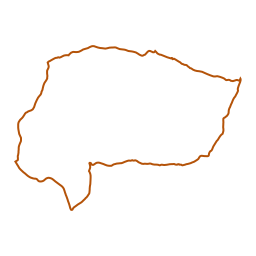 outline of Palmas Del Socorro, Santander, Colombia
{"feature_id": "7082276B11851573676927", "entity_name": "Palmas Del Socorro", "entity_type": "district", "adm_level": 2, "iso_a3": "COL", "parent_name": "Colombia", "parent_adm1": "Santander", "projection": "orthographic", "projection_center": [-73.283, 6.386], "detail": "fine", "context": "isolated", "style": "outline", "palette": "amber", "viewbox_px": 256, "rotation_deg": 0, "n_neighbors": 0, "source": "geoboundaries", "source_scale": "gbopen_adm2", "svg_char_len": 5686}
<svg xmlns="http://www.w3.org/2000/svg" viewBox="0 0 256 256"><path d="M15.4,161.6L15.7,162.1L15.9,162.6L16.1,162.8L16.6,163.5L16.8,164.0L17.1,164.5L17.9,165.7L19.0,167.6L19.2,168.0L19.6,168.5L20.8,169.8L23.6,172.4L24.6,173.1L26.3,174.6L27.7,175.8L29.2,176.8L30.4,177.5L33.1,178.4L34.8,178.7L35.7,178.7L36.1,178.8L36.8,179.1L37.2,179.5L37.6,180.0L38.2,180.7L38.9,181.2L39.6,181.4L40.1,181.5L41.6,181.4L42.7,181.1L43.7,180.6L45.7,178.9L46.4,178.4L47.2,178.1L47.8,177.9L48.3,177.8L48.8,177.8L50.0,178.0L51.2,178.4L52.2,178.9L53.4,179.8L55.3,181.4L59.2,184.3L60.4,185.2L61.3,185.8L62.4,186.8L62.8,187.3L63.4,188.1L63.8,188.8L64.5,190.8L65.1,192.8L65.5,193.8L65.8,194.9L66.3,196.0L66.9,197.6L67.6,199.6L68.0,201.0L68.9,203.4L69.5,205.3L69.7,206.0L69.9,206.8L70.4,208.5L71.0,209.7L71.4,209.9L71.9,209.9L72.4,209.6L73.0,208.6L73.3,208.1L73.8,207.5L74.4,207.0L74.9,206.7L76.8,205.3L77.7,204.6L80.3,203.0L81.4,202.3L82.2,201.6L83.2,200.6L85.0,198.9L85.7,198.0L86.5,197.4L87.8,195.7L88.2,195.0L89.1,193.7L89.3,193.2L89.4,192.6L89.6,190.7L89.7,189.5L89.7,188.5L89.8,187.4L89.9,186.3L90.3,184.1L90.4,182.2L90.5,180.3L90.6,177.6L90.6,176.7L90.6,175.7L90.3,173.9L90.0,173.2L89.8,172.5L89.5,171.9L89.1,171.3L89.0,171.1L89.1,170.9L89.2,170.4L89.8,168.9L90.1,167.8L90.2,167.2L90.1,165.9L90.0,165.5L89.8,164.5L89.4,163.3L89.5,163.0L89.6,162.9L90.3,162.9L90.6,163.0L90.9,163.2L91.2,163.7L91.4,164.2L91.7,164.6L92.0,164.7L92.8,164.9L93.5,164.8L94.5,164.1L96.2,163.0L96.7,162.8L98.1,162.6L99.1,162.7L100.0,162.9L101.1,163.3L102.1,163.6L103.6,164.1L104.7,164.6L106.8,165.4L107.7,165.6L109.1,165.8L110.5,165.8L111.3,165.8L112.1,165.4L112.8,164.9L113.3,164.6L114.0,164.3L115.3,164.0L116.6,163.6L120.7,163.2L121.3,163.2L122.6,162.8L124.4,162.0L127.1,161.0L128.5,160.6L129.4,160.6L130.8,160.7L132.2,160.2L132.9,160.5L133.7,160.6L134.5,160.5L135.1,160.3L136.2,160.6L137.3,161.2L138.5,162.2L140.3,163.0L141.8,163.7L143.4,163.9L144.8,163.7L147.3,163.9L149.0,163.7L149.9,163.5L151.0,163.7L152.3,164.2L153.2,164.4L154.6,164.6L156.1,164.6L157.3,164.7L158.2,164.8L159.6,165.3L160.2,165.2L160.6,165.0L161.1,164.8L161.8,164.7L162.5,164.8L163.1,164.9L164.0,165.0L164.8,165.0L165.5,164.9L166.5,164.8L167.7,164.6L169.9,164.2L172.7,164.1L173.9,164.0L174.5,164.1L175.2,164.5L176.5,164.7L177.1,164.7L177.5,164.4L177.8,164.3L178.3,164.2L178.9,164.2L179.2,164.6L179.9,164.7L181.2,164.7L181.6,165.0L182.3,165.3L183.4,165.1L185.3,164.6L186.3,164.2L187.6,164.0L189.1,163.6L190.8,163.1L191.8,162.6L194.2,161.7L196.9,160.0L198.3,159.0L198.9,158.0L199.2,157.4L200.2,156.2L201.2,155.8L202.0,155.8L203.5,156.0L204.5,156.1L207.4,156.2L207.9,156.1L208.5,155.8L208.8,155.2L209.0,153.7L209.4,152.6L210.0,151.6L210.6,151.0L211.2,150.8L211.6,150.3L212.1,149.5L212.9,147.5L213.3,146.5L214.9,143.9L215.7,142.6L216.7,141.0L217.7,140.0L218.4,138.9L219.1,137.7L220.1,136.2L220.8,135.3L221.4,134.7L222.0,134.2L222.3,134.0L222.6,133.8L222.9,132.8L223.4,130.9L223.4,129.8L223.4,128.9L223.2,127.8L223.2,127.1L223.2,126.4L223.3,124.8L223.3,123.7L223.4,122.5L223.3,120.4L223.3,119.7L223.4,118.6L223.7,118.2L224.4,117.7L225.2,117.3L225.7,116.8L226.9,115.9L227.5,115.1L228.0,114.4L228.4,113.6L228.6,112.8L228.7,111.0L228.8,110.1L229.2,108.8L229.6,107.8L230.0,107.2L230.5,105.8L231.1,104.3L231.8,102.9L232.9,100.1L233.5,98.9L234.0,98.0L234.8,97.0L235.3,96.4L235.8,95.3L236.7,93.7L237.4,92.3L237.8,91.4L238.0,90.6L237.8,89.4L237.8,88.8L238.0,87.9L238.7,85.7L239.2,84.4L239.7,83.1L240.1,82.2L240.3,81.3L240.5,80.8L240.6,80.1L240.6,79.6L240.6,79.1L240.4,78.7L239.9,79.9L239.2,80.6L238.6,80.5L237.3,80.0L236.4,80.0L235.5,80.3L234.3,80.7L232.9,81.1L231.6,80.9L230.9,80.8L230.2,80.3L229.6,80.0L228.8,79.8L227.4,80.0L226.3,80.1L225.8,79.9L225.1,79.3L224.3,78.6L222.6,77.8L219.8,76.8L217.3,76.2L216.3,76.3L215.0,76.5L213.4,76.4L210.0,75.2L207.3,74.1L205.0,73.1L202.1,71.8L199.0,71.2L197.0,71.0L195.0,70.5L193.1,69.7L191.8,68.8L191.2,68.4L190.0,68.1L189.3,67.4L187.9,66.4L186.7,65.2L186.1,65.0L184.3,64.8L183.2,64.2L182.2,64.0L180.9,63.1L180.3,62.4L178.8,61.6L175.6,59.6L174.2,58.8L173.9,58.9L172.9,59.1L172.8,58.7L172.4,58.2L171.8,58.0L171.6,58.0L171.3,58.5L167.3,57.3L163.1,55.6L160.8,54.7L159.6,54.6L157.5,53.5L156.1,51.9L155.2,51.0L154.8,51.6L154.1,52.2L153.1,52.3L150.2,51.0L149.1,50.9L147.8,51.6L145.1,54.6L144.0,55.0L142.7,55.7L141.5,55.6L139.5,54.7L137.7,53.5L135.8,52.4L133.2,51.7L131.6,51.4L128.4,51.0L125.5,49.9L124.1,49.6L119.8,49.1L118.4,48.6L115.8,47.5L114.8,47.4L112.8,47.5L110.1,47.6L109.4,47.7L107.0,48.3L105.3,48.6L102.3,48.2L100.1,48.0L97.9,47.5L96.1,46.9L94.1,46.2L92.7,46.1L91.6,46.3L89.7,47.1L87.9,48.1L85.1,48.9L83.1,49.5L81.5,50.5L79.9,51.3L78.8,51.8L77.5,52.0L76.2,52.1L74.5,52.0L73.4,51.9L72.8,52.0L71.1,52.7L69.7,54.0L68.8,54.9L68.6,55.3L68.3,55.3L67.7,55.2L66.0,55.2L64.1,55.5L62.6,56.2L60.7,57.2L59.5,57.6L59.2,57.6L58.6,57.3L58.1,57.3L57.3,57.7L56.7,57.8L55.7,57.9L54.7,58.3L53.2,59.1L51.4,60.1L50.1,60.9L48.6,61.6L47.7,62.5L48.2,64.4L48.6,65.7L48.7,66.7L48.4,68.0L47.5,69.9L47.2,70.4L47.1,71.4L47.1,73.6L47.4,76.0L47.2,77.4L47.2,78.5L46.2,80.4L45.3,81.7L44.6,82.7L44.0,84.0L43.4,85.7L42.8,88.1L42.6,89.1L42.4,90.0L42.0,90.8L41.6,91.5L41.5,92.0L41.3,93.0L40.7,94.5L39.7,95.6L38.1,97.6L36.7,100.3L35.3,103.4L34.1,107.1L32.8,109.3L31.3,110.3L28.2,111.4L27.3,112.1L26.6,112.4L25.8,112.8L25.0,113.7L24.5,114.6L23.0,116.9L22.1,118.0L20.2,119.8L18.8,121.9L18.4,123.0L18.2,124.3L18.2,127.7L18.4,129.5L19.2,133.9L20.7,137.2L21.0,137.9L21.0,140.3L20.9,141.2L20.5,142.2L20.1,143.0L19.6,144.3L19.2,145.4L18.8,146.8L18.7,147.9L18.7,149.4L18.5,151.2L18.5,152.6L18.3,153.8L18.1,155.1L17.8,155.9L17.8,157.0L17.9,158.0L17.9,158.6L17.9,159.2L17.9,159.8L17.6,160.2L16.9,160.7L15.7,161.4L15.4,161.6Z" fill="none" stroke="#b45309" stroke-width="2"/></svg>